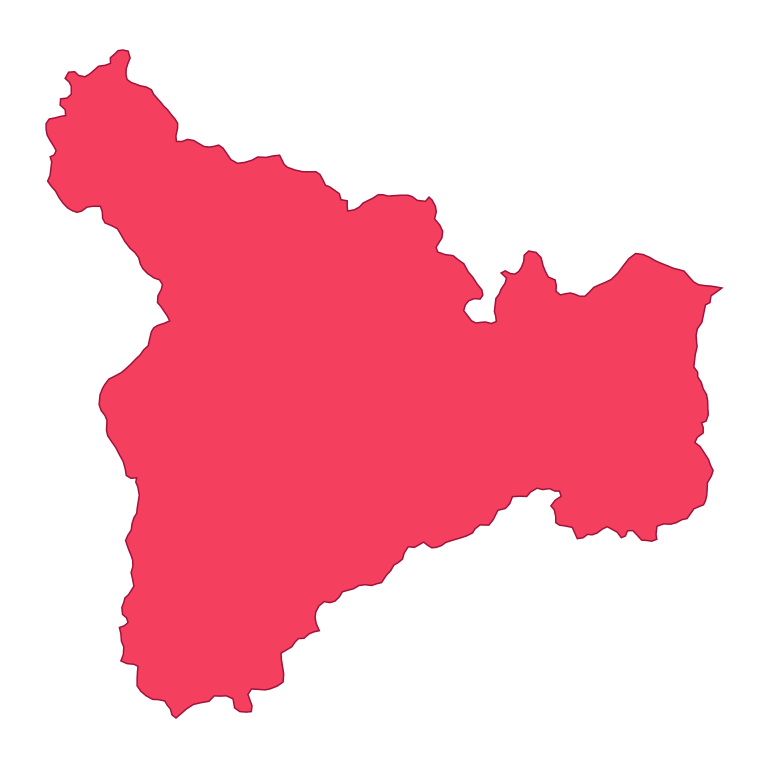 outline of Potiraguá, Bahia, Brazil
{"feature_id": "56859067B74101870716105", "entity_name": "Potiraguá", "entity_type": "district", "adm_level": 2, "iso_a3": "BRA", "parent_name": "Brazil", "parent_adm1": "Bahia", "projection": "albers", "projection_center": [-39.772, -15.676], "detail": "fine", "context": "isolated", "style": "filled", "palette": "rose", "viewbox_px": 768, "rotation_deg": 0, "n_neighbors": 0, "source": "geoboundaries", "source_scale": "gbopen_adm2", "svg_char_len": 5722}
<svg xmlns="http://www.w3.org/2000/svg" viewBox="0 0 768 768"><path d="M623.8,265.1L617.9,273.0L611.2,279.5L605.2,282.4L599.2,284.9L593.8,287.4L589.0,292.4L585.0,296.2L579.5,296.2L574.8,294.2L570.3,293.0L565.8,293.7L560.3,294.9L556.0,291.2L556.3,285.6L555.1,279.9L548.4,277.1L545.6,271.9L543.2,266.1L541.1,257.7L536.1,252.4L528.7,251.0L524.2,255.2L523.7,261.4L521.5,267.2L518.8,271.4L514.9,274.1L510.2,273.5L505.2,270.8L501.1,273.0L506.5,278.1L505.0,283.4L501.1,289.2L499.2,294.1L495.9,298.5L495.0,305.8L494.4,311.7L495.7,316.0L496.3,321.5L491.3,323.5L485.7,322.0L481.3,322.3L475.7,323.0L471.4,320.7L467.4,315.4L463.7,310.6L465.4,304.8L468.8,300.7L474.5,298.6L480.1,299.1L482.8,295.2L481.9,290.0L476.9,283.7L472.7,277.1L468.4,272.2L463.8,263.7L457.9,259.6L453.1,255.6L445.1,254.6L437.7,252.0L436.1,247.3L438.7,243.0L441.9,237.9L442.7,231.4L439.8,225.1L434.6,218.9L436.3,211.7L435.4,206.3L432.2,200.2L429.0,197.1L425.5,201.3L417.3,200.4L412.2,196.6L407.9,195.2L401.5,195.2L394.2,195.6L388.3,196.1L382.7,194.7L378.2,194.7L373.0,198.1L368.1,200.5L363.1,203.0L359.3,207.1L354.3,209.8L347.6,211.0L347.2,206.2L347.2,200.8L341.0,199.7L339.3,193.7L334.6,190.3L329.6,186.8L325.5,185.3L322.9,179.9L319.9,174.4L315.8,171.7L309.4,171.8L302.6,171.7L295.0,170.0L287.4,167.3L284.1,164.3L279.6,155.2L273.2,155.9L266.1,157.4L257.7,157.0L252.0,160.2L244.6,162.4L237.5,163.3L230.9,159.6L226.4,153.0L223.0,148.1L218.7,145.1L214.2,146.3L209.7,147.1L204.0,146.5L198.1,143.1L193.8,140.5L187.4,139.4L182.1,141.5L176.4,141.4L175.9,136.0L177.6,128.1L177.6,123.2L175.0,119.0L171.0,114.3L167.6,109.8L163.8,106.2L160.8,102.4L157.3,98.5L153.5,94.1L151.5,89.8L146.5,87.1L140.0,85.7L135.5,84.0L131.2,82.5L127.1,79.5L126.0,74.6L126.2,68.9L127.8,63.7L130.1,58.0L128.1,51.1L122.9,50.0L118.1,50.6L114.8,53.9L110.3,57.8L110.5,63.4L105.1,65.3L98.6,66.2L93.4,70.8L90.0,73.8L84.9,76.8L78.5,75.4L74.7,71.7L68.6,72.2L65.1,78.4L69.1,82.0L71.2,86.0L71.3,94.1L67.0,98.1L60.6,98.8L60.1,105.0L65.2,109.7L65.6,115.6L60.9,116.3L55.0,117.9L49.2,119.0L46.1,123.6L46.1,129.2L47.1,134.9L50.0,140.3L54.0,146.6L56.1,150.6L54.3,154.8L50.2,156.8L51.7,161.9L50.9,168.5L50.0,175.6L47.6,181.1L51.2,186.2L55.5,191.1L59.2,197.8L63.1,203.2L67.6,207.9L72.6,210.8L76.9,212.3L81.6,211.1L87.1,207.1L92.8,206.3L100.4,206.3L102.3,211.8L102.6,218.4L105.0,222.9L112.1,225.9L117.5,228.8L120.6,234.0L124.7,241.2L130.1,248.3L134.9,252.5L138.7,257.7L140.3,263.9L142.8,268.6L147.5,273.5L153.9,277.9L159.6,279.9L162.4,284.5L161.3,289.4L157.9,295.9L157.5,302.6L160.9,306.5L163.7,310.7L167.3,315.9L169.7,320.9L164.7,323.1L157.5,325.5L153.8,327.8L151.4,331.7L149.7,338.6L148.2,345.7L143.7,349.9L140.0,355.1L136.4,358.4L130.3,364.7L125.2,369.4L121.2,372.7L114.8,376.1L108.9,379.1L104.8,384.5L102.4,388.7L100.0,394.9L99.1,404.6L101.2,410.7L104.9,415.3L107.0,420.6L106.7,425.7L106.5,430.4L107.7,435.8L112.0,442.2L115.8,447.6L119.6,455.0L123.1,461.3L125.1,468.4L126.3,475.5L131.0,478.3L136.6,477.8L135.8,482.2L137.9,487.1L139.3,495.3L138.1,502.7L137.2,508.2L136.7,513.3L133.9,517.7L132.0,523.9L131.2,530.1L127.9,535.2L125.6,540.5L127.4,545.9L128.9,550.1L130.9,554.8L132.7,560.2L132.9,566.4L131.1,572.5L132.7,579.6L133.9,586.2L131.3,590.3L128.5,594.7L124.9,598.0L123.8,602.4L121.8,607.6L122.6,614.5L126.6,617.9L128.0,622.6L124.2,625.8L119.4,627.5L120.9,633.8L121.4,641.2L123.8,647.0L123.3,654.7L120.9,660.9L126.9,663.6L134.0,664.3L138.0,666.3L137.5,671.5L137.1,678.6L137.1,685.8L140.9,691.4L146.3,695.9L152.8,699.4L158.2,699.6L164.8,701.0L167.2,705.1L170.4,709.0L172.0,714.9L176.0,718.0L180.8,713.9L186.5,708.9L193.3,704.5L200.9,702.7L209.0,701.3L214.2,695.9L220.6,696.1L226.1,695.8L233.0,698.8L234.6,707.9L239.8,711.6L246.3,712.1L251.3,711.6L252.0,705.7L249.8,699.7L247.9,694.4L251.5,689.0L258.4,689.4L265.0,689.9L270.0,688.9L277.4,686.0L283.1,682.0L283.7,673.9L282.6,667.2L281.4,659.5L281.0,653.2L285.7,650.4L291.8,646.8L295.2,641.8L298.5,638.6L303.9,638.3L309.0,633.9L313.7,631.9L319.3,630.7L316.1,623.3L315.1,617.4L315.8,612.0L318.9,606.0L324.1,601.6L330.0,602.6L335.0,601.1L339.3,596.9L342.4,591.8L348.1,590.2L353.7,588.7L359.0,585.5L365.1,584.7L371.6,585.5L376.6,583.8L381.5,582.6L386.3,575.4L390.8,570.5L393.9,565.0L397.9,562.8L402.5,559.1L404.1,553.2L408.2,546.8L414.5,547.3L419.3,544.6L423.6,542.1L427.4,545.1L431.7,547.8L436.2,547.4L441.4,545.6L445.9,542.4L452.3,540.3L459.5,538.2L466.6,535.9L472.6,532.9L474.9,529.0L480.0,524.9L488.8,525.1L493.2,519.7L495.5,515.0L497.9,510.3L505.3,508.5L509.8,503.6L512.4,496.7L519.6,496.2L526.7,496.5L530.5,492.0L537.1,488.2L542.8,489.6L549.5,488.6L554.9,491.1L559.5,491.1L561.1,496.3L555.4,500.0L550.9,505.9L554.3,509.9L555.7,516.5L555.8,522.7L559.6,525.2L564.7,525.9L572.3,527.4L575.3,534.2L577.3,538.7L583.2,537.7L587.5,534.4L592.2,534.8L597.0,533.1L602.2,529.2L607.2,526.7L611.3,528.9L617.2,532.2L621.3,537.7L625.4,536.0L627.5,530.8L632.8,530.6L637.3,535.3L641.6,540.1L646.9,540.5L651.8,541.2L656.8,539.3L656.0,534.3L657.0,526.2L663.7,523.9L670.6,524.2L676.0,522.8L682.1,519.6L687.0,518.6L690.0,514.4L693.9,508.8L698.6,506.8L703.5,504.8L705.5,500.6L706.7,495.6L707.2,488.5L707.4,482.8L711.4,475.9L713.1,470.5L710.5,465.3L708.6,459.7L704.6,453.4L700.1,446.6L694.9,442.5L697.2,437.4L703.2,432.9L703.2,427.3L701.5,422.9L706.0,421.2L708.3,414.7L707.8,408.0L707.7,401.1L706.5,394.5L703.3,389.1L701.2,382.2L697.8,377.0L697.6,372.0L693.8,367.1L694.5,361.2L695.2,355.0L697.1,346.6L696.6,342.0L696.1,335.5L697.3,328.9L701.9,322.3L703.8,313.1L705.5,304.9L710.0,302.5L711.0,295.8L716.6,291.9L721.9,288.0L716.6,287.0L710.9,286.1L705.3,285.7L698.6,284.7L693.7,282.0L689.2,277.0L684.1,271.1L678.9,269.6L673.7,268.4L667.7,265.9L660.2,262.9L655.2,260.7L649.9,257.5L643.0,254.5L635.6,253.5L628.8,258.7L623.8,265.1Z" fill="#f43f5e" stroke="#9f1239" stroke-width="1.5"/></svg>